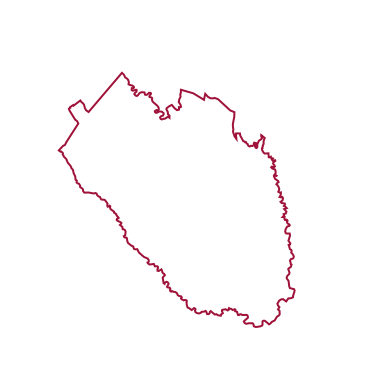 outline of Carrillo Puerto, Veracruz, Mexico, rotated 42°
{"feature_id": "50627088B27800936058187", "entity_name": "Carrillo Puerto", "entity_type": "district", "adm_level": 2, "iso_a3": "MEX", "parent_name": "Mexico", "parent_adm1": "Veracruz", "projection": "albers", "projection_center": [-96.59, 18.822], "detail": "fine", "context": "isolated", "style": "outline", "palette": "rose", "viewbox_px": 384, "rotation_deg": 42, "n_neighbors": 0, "source": "geoboundaries", "source_scale": "gbopen_adm2", "svg_char_len": 6088}
<svg xmlns="http://www.w3.org/2000/svg" viewBox="0 0 384 384"><g transform="rotate(42 192 192)"><path d="M260.2,135.6L258.9,133.3L258.3,132.8L257.8,133.7L256.0,134.1L255.1,131.7L253.8,130.7L251.5,129.8L249.6,129.8L249.3,128.3L249.7,126.7L248.7,126.2L244.9,126.6L242.4,125.5L242.0,125.1L242.5,124.4L244.0,123.6L244.0,123.3L241.7,123.6L241.6,122.2L240.9,121.2L238.8,119.7L235.9,120.8L234.3,120.6L234.4,119.7L236.3,118.8L236.5,117.6L235.5,117.0L234.4,117.0L233.1,116.5L232.7,115.4L233.1,113.1L232.4,112.8L231.6,114.8L230.3,114.6L229.8,112.9L228.9,113.3L228.7,114.0L227.0,113.0L226.6,114.3L225.8,114.8L222.9,112.1L220.4,114.7L219.0,114.9L216.2,114.0L214.8,112.8L215.0,112.2L214.3,111.6L214.2,110.8L213.5,110.1L213.0,108.2L212.2,107.6L210.7,105.4L209.9,103.2L205.4,103.4L205.9,104.1L208.0,105.2L208.1,106.5L207.4,109.1L208.7,113.0L210.4,114.8L210.6,116.1L209.7,116.5L208.4,116.0L208.0,114.4L206.8,112.8L205.2,113.7L205.4,114.5L206.6,115.8L206.0,117.6L204.9,118.1L204.4,119.6L203.5,119.9L202.4,119.8L201.2,119.1L200.1,119.4L198.6,118.8L198.1,119.5L197.3,119.3L196.1,119.9L190.1,117.8L188.5,116.4L185.6,118.9L186.3,120.0L189.4,122.8L186.5,122.2L182.2,119.8L180.8,117.8L178.2,115.6L176.8,114.0L173.0,107.7L170.1,104.3L165.8,105.8L149.3,105.6L145.9,106.9L145.1,108.3L142.9,110.0L140.2,110.6L136.2,110.2L139.2,115.5L126.9,117.8L115.4,123.4L117.6,126.2L117.9,127.3L119.7,128.8L120.7,132.1L121.5,133.0L121.9,134.0L125.0,134.8L126.8,136.0L126.7,136.8L125.5,137.7L127.2,139.5L126.1,141.2L123.0,141.4L118.7,140.8L117.7,143.4L117.1,146.6L117.5,147.6L120.4,148.7L122.3,150.4L124.1,150.2L125.6,151.9L124.1,152.0L123.7,152.5L122.8,155.7L122.0,156.4L121.1,158.2L119.9,158.7L118.4,158.0L118.3,156.5L119.3,154.5L118.9,153.2L118.2,152.4L115.9,152.5L114.1,153.7L113.2,155.3L113.2,156.0L112.4,157.2L111.2,157.4L110.3,156.8L110.5,155.6L110.9,154.8L112.2,155.0L111.9,152.6L111.1,152.0L110.2,151.4L108.3,151.1L102.4,151.2L100.7,150.4L99.7,149.0L98.8,148.8L97.0,149.8L96.3,149.5L95.9,147.9L96.0,147.0L95.5,146.1L94.7,146.2L93.7,147.0L93.5,149.5L93.0,150.5L91.9,151.1L90.1,149.8L88.0,151.3L86.8,153.4L87.1,156.2L86.8,157.5L85.5,158.1L83.6,157.8L83.3,156.4L83.6,154.6L82.7,153.3L82.0,153.4L80.3,156.3L78.9,156.6L77.8,155.1L79.0,154.0L79.0,153.2L78.1,152.6L76.0,153.0L74.4,154.0L72.7,154.4L71.7,152.7L69.7,151.5L68.3,151.2L65.7,151.5L62.9,150.4L60.2,150.3L61.6,201.8L58.5,202.1L56.3,201.3L53.2,199.3L51.0,199.0L49.9,199.2L47.8,198.7L46.2,207.1L45.5,206.9L44.6,210.6L45.2,211.0L44.8,212.5L46.4,213.4L56.7,216.4L59.2,216.2L61.7,217.2L65.2,238.7L66.1,242.0L65.3,244.0L65.2,250.2L67.2,250.1L67.6,249.5L69.6,249.4L70.2,249.6L70.9,250.7L72.0,250.8L72.8,251.4L77.0,251.7L77.5,252.2L80.4,253.4L83.1,253.7L85.3,254.2L86.2,254.9L88.8,255.2L91.4,257.2L94.7,258.5L97.3,260.8L98.8,260.6L99.8,262.1L100.9,262.2L102.5,261.5L104.6,262.1L105.6,263.2L108.4,262.8L109.3,263.1L110.5,264.2L112.4,264.5L115.6,261.5L119.9,258.9L120.9,257.4L122.2,257.0L123.3,257.7L125.0,257.9L127.1,257.3L128.7,258.1L129.7,258.2L132.3,256.3L133.5,256.4L137.1,257.2L138.1,258.8L139.2,259.3L139.7,258.6L140.0,257.3L140.8,257.3L141.2,258.2L142.8,259.2L147.3,258.8L147.9,259.5L150.5,259.1L151.6,259.9L154.7,260.2L155.0,260.7L154.2,262.1L154.7,263.2L155.7,263.3L159.4,262.2L160.3,262.3L160.6,263.1L160.5,264.7L163.5,264.5L165.4,266.0L166.2,265.4L167.8,265.2L168.5,265.5L169.4,266.1L171.3,268.9L170.9,270.5L171.6,270.8L172.7,270.7L173.9,269.8L174.5,269.9L177.2,272.1L178.8,272.7L183.1,272.4L184.7,271.8L186.9,273.1L188.3,272.5L189.6,271.1L193.1,272.5L199.8,272.4L203.6,271.1L205.5,271.6L206.3,272.5L206.6,273.7L206.2,274.2L206.8,274.5L209.0,274.3L211.8,271.0L214.1,272.1L215.9,270.4L216.7,270.4L217.6,271.1L217.9,272.4L219.1,273.6L220.1,273.0L221.0,270.0L222.3,270.5L223.7,271.5L225.0,271.8L226.0,271.5L227.5,271.9L227.4,275.1L231.8,278.7L233.1,278.6L232.5,277.4L233.1,275.8L234.2,275.4L235.6,275.6L236.1,276.0L236.9,279.2L238.2,279.0L239.4,278.0L240.7,278.4L241.2,279.6L242.3,280.2L243.2,280.0L243.4,278.9L244.7,278.7L246.6,277.5L248.3,277.2L250.5,278.2L252.0,277.9L253.9,276.8L255.0,277.3L255.0,278.4L255.9,278.7L258.3,278.1L259.1,276.8L260.4,276.2L261.2,276.5L261.6,277.5L264.3,279.9L266.2,280.8L267.3,280.3L270.8,279.9L271.2,276.9L272.4,276.5L273.2,276.9L273.6,278.1L274.6,278.9L276.4,278.8L278.4,277.7L279.4,275.9L279.3,274.7L281.2,272.6L281.6,271.3L282.5,271.3L284.9,272.6L286.0,271.7L286.3,270.5L285.5,269.2L285.6,268.0L291.0,267.8L291.8,266.5L293.8,266.2L296.2,264.7L295.6,263.4L296.0,261.4L293.8,260.4L293.3,259.4L295.4,256.7L297.8,256.1L298.1,254.9L297.4,254.3L297.2,253.5L298.4,253.4L299.3,252.6L301.2,252.5L302.2,250.5L303.0,250.4L303.8,251.7L305.6,250.9L308.4,252.6L309.3,252.0L309.5,250.8L310.2,250.1L311.4,249.9L314.9,246.8L315.7,246.6L316.8,247.1L317.7,248.1L317.1,252.8L317.3,253.7L319.0,254.1L320.5,253.7L321.9,251.7L324.7,249.1L325.9,249.0L327.8,250.4L329.6,249.7L330.8,248.5L332.8,245.9L333.5,244.2L333.0,243.2L331.0,241.0L331.0,240.3L331.6,239.4L332.6,238.9L337.8,238.8L338.3,237.2L338.2,235.2L339.4,232.2L338.6,228.0L339.2,225.3L339.0,224.2L336.5,221.7L334.5,221.7L334.0,219.1L331.8,218.8L330.2,217.8L329.5,214.3L330.1,212.2L331.3,210.7L335.2,210.3L334.8,206.6L336.8,204.5L337.5,202.5L336.7,201.8L335.1,198.2L334.3,196.7L333.7,196.3L333.0,195.9L329.0,197.9L327.3,197.0L323.2,193.4L320.4,192.9L319.5,192.1L319.0,190.7L319.1,187.8L318.4,186.7L315.1,184.9L315.1,183.0L315.6,181.8L314.8,179.8L314.6,179.4L313.7,179.5L311.8,178.0L310.8,177.6L310.4,175.7L311.5,174.0L311.4,172.9L310.7,171.7L308.8,170.9L306.3,170.6L305.6,169.2L304.6,168.6L303.0,168.9L299.2,166.6L300.0,165.4L299.4,164.3L296.3,163.7L294.0,158.8L292.4,157.5L290.1,159.6L289.1,159.8L287.7,159.0L286.7,157.4L286.0,155.1L286.0,153.6L287.0,152.2L286.8,151.2L285.9,151.0L284.9,151.3L283.7,151.3L282.5,150.6L282.3,149.5L281.5,149.2L280.6,149.4L280.5,150.2L279.7,150.6L278.7,150.2L277.5,148.6L276.1,149.9L276.1,147.8L274.9,147.1L276.1,145.1L275.3,143.4L271.9,143.0L273.2,140.6L271.0,140.4L269.7,140.9L269.5,139.2L268.7,138.5L265.9,140.2L264.4,140.1L264.9,137.7L264.0,136.0L263.1,135.4L262.1,135.4L261.9,136.3L260.4,137.1L260.2,135.6Z" fill="none" stroke="#9f1239" stroke-width="2"/></g></svg>